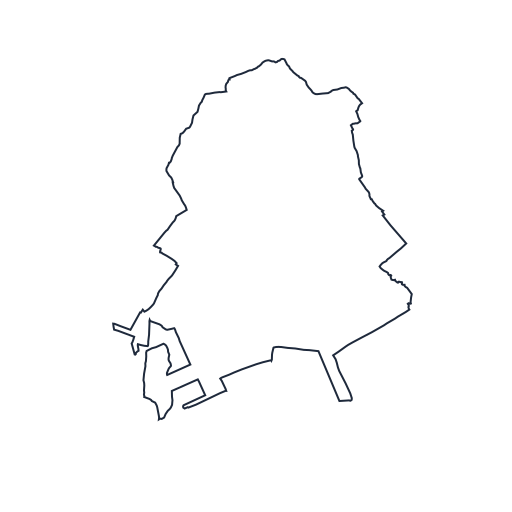 Fruntiseni, Vaslui, Romania, rotated 244°
{"feature_id": "2599482B75972445182391", "entity_name": "Fruntiseni", "entity_type": "district", "adm_level": 2, "iso_a3": "ROU", "parent_name": "Romania", "parent_adm1": "Vaslui", "projection": "mercator", "projection_center": [27.757, 46.208], "detail": "fine", "context": "isolated", "style": "outline", "palette": "slate", "viewbox_px": 512, "rotation_deg": 244, "n_neighbors": 0, "source": "geoboundaries", "source_scale": "gbopen_adm2", "svg_char_len": 6124}
<svg xmlns="http://www.w3.org/2000/svg" viewBox="0 0 512 512"><g transform="rotate(244 256 256)"><path d="M423.5,280.8L421.3,278.3L419.6,276.0L418.4,274.9L417.9,273.4L416.2,270.7L413.6,268.7L411.2,266.6L409.7,261.4L406.6,258.8L403.8,256.9L401.1,253.4L400.6,252.3L401.0,249.0L399.4,246.0L398.6,243.8L398.8,241.8L395.7,239.3L390.4,236.6L389.2,235.2L388.4,233.1L382.7,225.2L380.9,223.2L380.3,222.9L378.3,220.8L377.6,219.0L377.9,218.6L376.4,217.3L374.1,214.1L373.4,213.6L371.8,212.8L371.3,212.8L366.5,213.2L363.7,214.2L361.2,214.2L359.2,213.9L359.4,213.7L358.8,213.4L355.3,212.6L353.0,212.3L343.8,213.9L340.4,213.9L338.7,213.7L334.0,214.1L333.1,214.3L332.1,214.4L330.4,214.3L327.8,213.9L326.8,201.8L325.2,200.4L324.0,199.0L323.3,197.8L322.7,196.0L320.6,191.9L318.3,187.9L318.1,186.5L317.1,183.9L310.1,168.8L309.1,169.5L308.3,169.9L308.1,170.4L307.3,171.2L306.2,171.8L305.3,173.0L304.6,173.5L304.1,173.5L303.8,173.3L302.4,172.0L301.5,171.4L301.2,171.4L300.4,172.6L299.4,172.9L295.4,175.8L290.3,179.0L287.3,180.6L284.4,181.5L283.6,180.2L281.3,181.6L278.4,177.2L275.6,172.5L275.1,171.5L273.7,167.5L272.6,165.2L271.9,164.2L270.1,160.2L268.1,156.8L266.9,153.9L265.7,152.1L265.0,151.3L263.9,150.6L262.1,148.2L258.2,143.6L257.5,142.4L256.3,139.3L255.4,136.5L255.1,134.9L254.9,132.9L254.9,131.3L257.4,130.7L255.6,127.7L256.1,127.1L244.7,110.8L252.4,103.4L257.1,99.1L257.8,98.0L254.6,96.9L252.0,96.2L249.1,99.4L236.8,111.1L234.5,109.0L232.5,106.9L231.9,105.9L220.7,103.8L220.3,104.2L220.5,104.9L221.6,105.6L222.2,107.6L222.3,108.9L223.8,109.5L226.8,110.3L228.0,110.8L228.5,111.2L226.5,113.4L224.3,116.2L222.5,119.1L222.8,119.7L225.0,121.0L226.3,121.6L232.0,125.3L241.9,130.6L244.2,131.7L245.1,132.4L244.7,132.4L243.9,132.6L243.2,133.1L236.9,139.3L235.1,140.4L234.4,140.7L232.9,140.8L229.6,142.7L228.6,143.8L227.5,148.3L227.0,150.7L226.9,150.9L225.4,151.0L222.7,150.6L216.0,150.6L213.0,150.1L187.2,149.4L188.0,124.0L188.3,124.0L189.8,124.6L190.3,125.1L192.7,127.8L193.5,129.0L194.3,131.1L194.7,131.5L196.3,132.0L197.3,132.1L199.6,131.8L201.0,131.9L202.6,132.7L205.3,134.8L208.4,135.0L210.4,135.8L212.5,136.0L215.0,135.9L216.6,135.2L217.7,134.4L217.9,126.2L218.7,122.0L218.6,116.1L217.3,114.9L213.8,113.3L209.8,111.0L208.1,109.5L205.4,108.3L199.4,103.9L193.7,100.4L190.9,99.8L188.5,98.8L184.3,96.4L182.1,95.6L180.7,94.6L179.6,94.3L179.1,94.3L178.3,93.7L174.2,97.6L172.6,98.6L171.3,98.8L168.4,101.1L165.1,101.2L163.3,100.9L154.8,98.6L152.9,97.9L151.7,97.1L151.8,97.9L151.6,99.0L150.9,99.8L151.1,102.6L153.6,105.5L155.5,108.8L156.3,111.4L157.1,113.0L159.0,115.3L163.0,117.7L166.3,118.8L171.6,121.2L170.6,149.6L167.8,149.7L164.8,149.6L153.1,149.3L153.6,125.5L153.2,124.9L152.5,124.4L151.6,124.2L150.2,125.0L150.0,128.4L149.4,128.8L148.7,136.8L148.5,163.5L148.2,168.7L148.1,169.8L147.9,170.1L149.7,170.4L158.7,170.5L161.5,170.1L161.7,171.2L161.7,172.7L161.1,179.6L160.9,185.4L160.3,193.6L158.6,208.8L157.5,215.6L156.0,222.6L155.7,223.6L155.4,224.0L155.2,224.0L155.9,224.8L160.4,227.2L162.0,228.3L165.9,231.5L166.0,231.8L165.4,234.2L164.4,236.5L163.0,239.0L159.5,244.2L155.7,250.7L150.7,257.8L148.0,262.7L143.1,270.4L89.1,267.4L85.4,276.4L84.7,277.1L84.5,277.5L84.7,278.8L85.2,279.2L86.3,279.8L91.2,280.5L102.2,280.7L116.3,280.4L120.0,280.8L124.6,281.8L128.3,282.3L132.9,281.8L133.8,288.3L135.3,297.0L135.7,299.9L136.0,304.8L136.4,315.5L136.7,326.6L137.6,340.6L138.1,344.1L138.8,353.6L139.3,356.9L140.0,366.0L140.6,370.3L141.3,370.2L143.3,370.6L144.0,371.4L144.9,371.7L146.5,371.5L146.7,372.4L145.5,373.8L145.3,374.2L145.4,374.4L146.6,374.6L150.7,377.2L153.5,379.3L161.2,377.9L162.4,377.0L163.5,376.6L163.9,376.5L165.0,376.9L165.6,375.6L166.0,375.1L166.7,374.8L167.4,375.0L167.8,375.5L168.6,375.6L168.8,375.1L169.5,374.1L170.3,373.2L170.3,372.8L169.8,372.2L170.1,371.5L172.7,370.3L173.7,370.5L174.0,369.1L174.7,368.1L175.4,367.4L177.7,367.7L178.6,368.1L179.0,368.9L179.8,368.8L180.0,368.6L180.1,367.7L180.6,367.2L181.6,366.9L182.5,367.2L183.0,367.2L184.5,366.3L186.5,364.7L188.2,363.8L190.4,362.8L192.4,362.5L193.2,364.0L194.1,366.3L194.3,367.8L194.3,370.6L194.4,371.1L195.0,371.9L195.5,373.3L195.6,374.4L195.8,375.5L198.0,383.9L199.3,389.6L201.4,396.5L224.7,390.3L236.9,387.7L237.0,389.5L240.7,388.8L240.9,390.1L245.2,387.6L248.7,386.1L250.7,385.9L251.5,385.4L252.8,385.3L253.5,385.0L256.3,384.9L256.7,384.1L257.3,384.2L259.1,384.2L260.3,384.3L261.7,385.0L263.0,385.3L264.1,385.3L268.5,384.0L269.8,384.0L279.7,382.4L280.0,382.5L280.2,382.9L280.5,385.4L280.8,386.1L281.1,386.4L281.8,386.6L285.2,386.9L289.1,388.2L289.7,388.1L293.5,388.8L297.0,390.4L300.9,391.3L302.0,391.8L306.2,392.4L310.1,392.1L311.5,392.4L317.0,394.1L322.7,396.2L324.6,396.4L326.6,397.0L326.8,398.3L327.1,398.7L327.4,398.8L328.3,398.6L331.9,398.6L332.4,400.9L331.9,402.2L331.7,403.4L330.8,405.4L331.3,408.5L331.5,408.9L333.2,408.7L336.1,408.8L339.2,409.4L342.2,409.5L342.4,410.1L342.4,411.2L344.6,413.2L345.6,414.4L346.4,415.9L346.8,418.3L352.1,417.2L353.2,416.5L357.7,415.8L359.2,414.7L360.1,414.8L362.3,413.6L363.9,413.0L365.2,412.8L367.2,411.7L368.3,410.7L368.7,408.9L369.6,406.3L370.0,402.1L371.3,398.2L371.3,396.3L370.9,395.3L370.8,392.2L372.8,387.1L374.6,382.0L375.5,380.4L377.2,379.1L378.6,378.5L380.3,378.4L382.2,377.9L384.4,377.2L387.8,376.7L390.5,377.2L391.9,377.0L396.3,374.6L397.0,373.6L398.1,373.2L399.0,373.2L400.1,372.3L404.9,370.1L406.1,369.9L409.6,368.7L411.3,368.8L412.2,368.7L413.5,368.1L415.1,367.8L415.9,367.9L420.2,367.8L421.0,367.0L421.7,365.9L421.9,365.2L421.8,364.5L421.6,363.9L421.3,362.8L421.6,361.6L421.6,361.0L421.3,360.3L421.2,359.7L421.5,358.4L422.7,357.7L423.2,357.1L423.9,355.7L426.1,353.5L426.6,352.8L427.2,350.6L427.3,349.2L427.0,346.7L426.0,344.6L425.7,343.7L425.2,341.5L425.3,340.8L424.7,339.1L424.8,338.6L424.7,337.0L424.9,336.1L424.8,333.7L425.6,331.8L425.8,330.0L425.8,327.6L426.2,322.5L427.0,318.2L427.0,316.1L427.5,310.2L426.3,309.7L426.7,309.1L426.6,308.9L426.3,308.7L426.1,308.3L425.8,307.9L424.8,307.1L423.8,304.8L422.5,303.5L421.0,302.6L419.5,302.1L418.1,301.4L416.9,301.4L418.3,297.1L418.7,296.0L419.3,295.1L421.0,290.4L422.4,285.1L423.2,283.2L423.6,282.0L423.5,280.8Z" fill="none" stroke="#1e293b" stroke-width="2"/></g></svg>